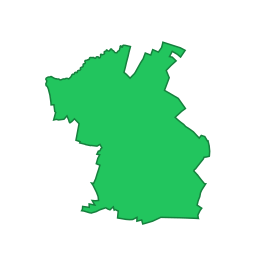 John Taolo Gaetsewe, Northern Cape, South Africa (Robinson projection), rotated 15°
{"feature_id": "47623444B84629172160693", "entity_name": "John Taolo Gaetsewe", "entity_type": "district", "adm_level": 2, "iso_a3": "ZAF", "parent_name": "South Africa", "parent_adm1": "Northern Cape", "projection": "robinson", "projection_center": [22.441, -26.985], "detail": "fine", "context": "isolated", "style": "filled", "palette": "green", "viewbox_px": 256, "rotation_deg": 15, "n_neighbors": 0, "source": "geoboundaries", "source_scale": "gbopen_adm2", "svg_char_len": 5073}
<svg xmlns="http://www.w3.org/2000/svg" viewBox="0 0 256 256"><g transform="rotate(15 128 128)"><path d="M103.7,48.8L103.4,49.0L102.6,49.1L102.3,49.2L102.0,49.3L101.9,49.4L101.8,49.6L101.7,49.7L101.6,50.0L101.7,50.3L101.7,50.8L101.6,51.4L101.2,51.6L100.8,51.4L100.6,51.3L100.4,50.9L100.2,50.7L99.8,50.5L99.5,50.7L99.3,51.2L99.3,51.3L99.4,51.5L99.5,51.8L99.6,52.0L99.5,53.0L99.5,53.4L99.5,53.5L99.5,54.5L99.5,55.2L99.2,55.7L99.0,55.9L98.8,56.1L98.3,56.6L98.1,57.1L98.0,57.6L97.9,57.9L97.9,58.0L97.5,58.3L97.3,58.4L96.8,58.4L96.4,58.5L96.0,58.5L95.6,58.5L95.3,58.3L95.0,58.0L94.8,57.8L94.6,57.6L94.3,57.4L93.9,57.2L93.3,57.1L93.0,57.0L92.3,56.6L91.9,56.2L91.7,56.1L91.3,56.0L91.1,56.1L90.9,56.2L90.8,56.4L90.7,56.5L90.5,57.1L90.3,58.0L89.7,58.6L88.9,58.7L88.6,58.6L88.2,58.5L87.5,58.1L87.2,58.1L87.1,58.3L86.9,58.5L86.8,59.4L86.7,59.5L86.3,59.8L85.7,60.1L85.4,60.4L85.4,60.6L85.4,60.8L85.4,61.0L85.9,61.7L86.0,61.9L86.0,62.3L85.9,62.5L85.7,62.7L85.6,62.8L85.2,63.2L84.9,63.4L84.6,63.7L84.4,63.8L83.9,63.9L83.1,63.7L82.8,63.8L82.6,63.9L82.5,64.1L82.5,64.3L82.9,65.3L82.9,66.5L82.9,66.9L82.8,67.2L82.6,67.5L82.3,67.7L82.0,67.7L81.7,67.7L81.0,67.2L80.7,67.0L80.4,67.1L79.7,67.2L79.3,67.4L79.2,67.5L79.0,67.8L78.7,68.8L78.6,69.0L78.2,69.2L77.8,69.2L77.0,69.0L76.8,68.8L76.5,68.8L75.8,69.0L75.5,69.1L75.2,69.3L74.5,69.4L73.7,69.5L73.1,69.8L72.8,70.2L72.8,70.5L72.7,70.9L72.8,71.2L72.9,71.5L72.6,71.9L72.3,72.1L71.9,72.2L71.8,72.3L71.4,72.6L71.1,72.9L70.9,73.1L69.7,73.6L69.4,73.8L69.2,73.9L69.1,74.3L69.0,74.6L69.1,74.8L69.5,75.4L69.7,75.6L69.8,76.0L69.8,76.6L69.6,77.0L68.9,77.4L68.5,77.6L68.4,77.7L68.3,77.9L68.3,78.4L68.3,78.8L68.5,79.4L68.6,79.6L68.7,79.9L68.6,80.0L68.6,80.4L68.4,80.7L68.3,80.8L68.2,80.9L67.5,81.2L67.2,81.4L66.7,82.0L66.5,82.4L66.6,82.7L66.6,82.8L66.7,83.0L67.1,83.4L67.1,83.5L67.1,83.8L66.9,84.3L66.7,84.5L66.2,84.8L65.8,85.0L65.3,85.2L64.8,85.6L64.7,85.7L64.6,85.9L64.5,86.5L64.6,87.2L64.6,87.5L64.3,87.8L64.0,87.9L63.8,87.9L63.5,87.8L63.4,87.7L63.1,87.7L63.0,87.8L62.6,88.0L62.3,88.4L62.2,88.5L62.2,88.8L62.1,89.6L61.8,90.0L61.7,90.1L61.2,90.3L60.9,90.3L60.5,90.5L60.3,90.8L60.2,90.9L60.1,91.1L60.0,91.5L59.9,92.4L59.7,93.2L59.5,93.5L59.1,94.3L58.2,95.7L58.1,95.8L57.9,95.9L57.7,95.9L57.1,95.8L56.5,95.8L55.9,95.9L55.7,96.0L55.2,96.2L55.0,96.3L54.6,96.7L54.5,96.8L54.3,97.0L54.2,97.1L53.9,97.1L53.5,97.2L53.0,97.3L52.9,97.3L52.5,97.5L51.8,98.1L50.6,98.9L50.4,99.0L50.1,99.1L49.7,99.1L49.4,99.0L49.1,98.8L48.9,98.8L48.5,98.6L48.4,98.6L48.1,98.7L47.7,98.8L46.5,99.1L46.2,99.0L45.8,99.0L45.6,99.0L45.4,99.1L45.0,99.2L44.5,99.1L43.8,99.0L42.9,98.8L42.6,98.7L42.0,98.6L41.9,98.5L41.7,98.6L41.2,98.4L40.8,98.2L40.5,98.2L40.3,98.2L39.8,98.5L39.1,99.1L38.1,99.3L37.9,99.4L37.4,99.7L36.2,100.9L36.2,101.0L36.0,101.4L36.0,101.5L36.1,102.3L37.2,103.3L37.4,103.9L37.4,104.1L37.4,105.3L37.3,106.1L37.2,106.5L37.4,107.1L37.7,107.6L37.9,108.2L38.0,108.3L39.2,108.7L40.9,110.8L44.1,116.5L46.9,123.1L47.7,125.6L50.4,124.7L53.0,131.0L54.1,131.6L54.1,139.5L56.5,138.2L58.8,138.2L63.9,136.1L65.3,133.3L65.9,132.1L68.8,135.8L69.6,137.3L70.6,138.0L72.1,136.2L73.9,133.0L79.6,136.5L80.7,150.8L80.9,153.3L85.3,153.6L85.2,154.9L90.9,154.8L91.6,155.0L92.4,154.9L96.3,154.7L96.8,154.4L102.8,153.5L105.2,151.1L107.9,153.9L107.1,155.2L106.9,157.1L105.3,158.1L104.7,161.4L107.6,161.2L106.7,165.1L106.6,170.7L110.5,171.2L110.4,174.9L110.1,179.7L109.9,185.5L109.1,190.4L107.0,190.6L109.0,192.3L114.2,198.2L116.9,202.0L118.3,205.6L115.1,206.8L112.1,207.3L115.9,211.0L110.1,211.4L111.1,214.7L104.5,215.5L105.0,218.3L104.6,219.9L106.9,219.6L112.7,219.8L114.7,219.6L115.4,219.1L116.4,218.5L118.9,217.0L121.8,214.4L124.5,212.6L124.4,212.6L127.2,210.8L129.5,211.5L131.8,211.7L133.0,209.8L134.2,208.0L135.9,210.9L136.7,210.1L140.1,210.8L140.1,211.1L141.2,217.6L149.6,216.8L153.3,216.1L156.2,215.2L159.8,212.0L160.7,215.7L165.0,213.3L167.1,216.9L169.4,215.6L175.9,211.6L182.8,205.8L201.2,201.3L207.2,199.9L210.3,199.2L213.7,198.4L219.3,197.2L219.2,197.1L219.3,197.1L218.0,194.0L218.2,193.0L218.5,191.3L218.9,189.3L218.9,189.1L219.0,188.9L220.0,186.4L214.7,184.6L214.6,180.6L214.8,178.3L215.1,175.9L214.8,171.8L215.3,168.7L217.5,161.8L216.5,162.0L215.8,161.7L212.0,159.0L208.6,156.4L207.1,155.2L206.9,155.3L206.2,154.7L202.7,152.5L202.9,151.0L203.8,150.0L204.2,149.0L205.4,146.1L206.0,144.8L207.2,142.0L208.6,138.8L208.8,138.2L209.0,136.6L211.0,135.8L213.8,134.3L213.8,133.8L212.9,129.3L211.0,124.2L208.6,119.7L208.1,120.0L204.4,116.4L200.7,116.2L199.4,119.3L195.5,116.9L193.0,115.3L192.2,114.8L189.4,113.7L186.3,112.6L183.3,111.7L180.8,110.1L177.2,108.7L173.4,106.9L170.8,105.5L171.4,104.4L175.5,98.0L178.4,94.3L171.4,88.5L168.9,86.4L153.5,82.2L154.8,68.8L150.0,62.5L153.4,56.4L157.1,50.7L152.4,48.1L149.6,48.3L150.9,42.5L156.7,44.1L160.4,45.9L163.1,38.2L157.8,37.0L139.5,36.1L139.6,37.6L139.6,41.7L137.7,46.8L131.6,45.9L131.1,51.7L125.3,51.1L124.7,57.3L123.3,61.7L120.7,72.1L120.2,73.7L117.1,79.3L112.6,76.6L109.7,75.3L109.7,70.4L109.5,65.0L109.5,58.8L109.3,54.2L109.3,51.0L109.3,50.4L109.3,48.7L103.8,48.9L103.6,48.9L103.7,48.8Z" fill="#22c55e" stroke="#15803d" stroke-width="1.5"/></g></svg>